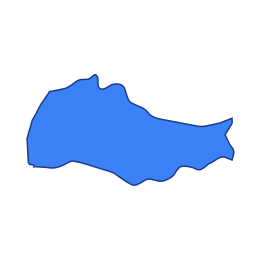 Demerara-Mahaica, Mercator projection, rotated 260°
{"feature_id": "GUY-677", "entity_name": "Demerara-Mahaica", "entity_type": "Region", "adm_level": 1, "iso_a3": "GUY", "parent_name": "Guyana", "parent_adm1": "", "projection": "mercator", "projection_center": [-58.12, 6.456], "detail": "fine", "context": "isolated", "style": "filled", "palette": "blue", "viewbox_px": 256, "rotation_deg": 260, "n_neighbors": 0, "source": "natural_earth", "source_scale": "10m", "svg_char_len": 1510}
<svg xmlns="http://www.w3.org/2000/svg" viewBox="0 0 256 256"><g transform="rotate(260 128 128)"><path d="M106.1,28.6L107.2,29.1L108.3,27.9L109.3,24.6L111.6,23.9L135.2,26.8L152.3,35.1L157.8,39.7L166.0,45.9L176.3,56.0L177.6,57.0L177.4,57.4L177.8,72.7L178.7,76.4L180.3,80.3L182.6,84.6L183.5,87.1L183.9,89.5L183.0,96.8L183.3,98.6L184.2,100.5L186.2,103.9L186.1,105.5L183.7,106.8L181.6,106.9L179.5,106.6L177.7,106.2L175.8,106.0L173.8,106.1L172.2,106.8L170.9,108.4L170.7,110.9L171.1,113.0L173.4,119.2L173.6,121.2L173.5,123.2L173.2,125.2L172.5,127.3L171.3,129.3L169.0,131.0L167.0,131.6L158.9,132.6L155.2,133.5L153.9,134.1L152.7,135.0L150.9,137.3L145.1,145.9L142.7,148.4L140.3,150.1L138.4,151.1L136.5,152.5L134.2,155.3L132.1,158.9L117.7,196.9L116.8,200.0L116.4,204.3L116.9,218.8L119.5,232.1L115.4,231.6L113.7,230.6L104.4,222.4L94.1,225.3L89.3,227.7L87.1,228.0L85.6,228.1L78.4,224.9L82.9,217.7L83.1,214.1L82.4,211.3L79.6,204.6L78.9,201.7L78.3,200.4L76.2,196.8L74.5,192.8L74.5,191.0L74.9,189.4L75.5,188.2L77.9,184.7L79.6,180.6L80.8,176.3L80.8,173.9L80.5,172.0L79.7,170.9L77.1,167.9L73.8,165.0L72.8,163.5L71.7,161.2L70.2,156.7L69.8,153.9L69.8,151.6L70.1,150.0L70.6,148.5L73.3,142.5L74.1,139.8L74.1,137.8L73.8,136.1L72.0,131.7L70.5,126.5L70.6,124.5L71.0,122.8L71.7,121.6L75.1,117.4L84.2,108.1L84.8,107.6L85.2,107.3L87.5,104.2L102.0,75.8L105.0,68.2L105.1,66.1L104.8,64.3L102.9,58.6L101.9,54.1L101.5,49.6L101.7,47.0L102.4,43.8L103.1,41.8L106.2,29.3L106.1,28.6Z" fill="#3b82f6" stroke="#1e3a8a" stroke-width="1.5"/></g></svg>